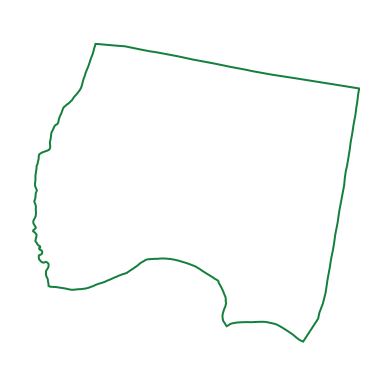 outline of Taling Chan, Bangkok Metropolis, Thailand, rotated 95°
{"feature_id": "78962969B19319663226998", "entity_name": "Taling Chan", "entity_type": "district", "adm_level": 2, "iso_a3": "THA", "parent_name": "Thailand", "parent_adm1": "Bangkok Metropolis", "projection": "natural_earth1", "projection_center": [100.444, 13.771], "detail": "fine", "context": "isolated", "style": "outline", "palette": "green", "viewbox_px": 384, "rotation_deg": 95, "n_neighbors": 0, "source": "geoboundaries", "source_scale": "gbopen_adm2", "svg_char_len": 5878}
<svg xmlns="http://www.w3.org/2000/svg" viewBox="0 0 384 384"><g transform="rotate(95 192 192)"><path d="M84.5,308.7L86.6,309.2L86.9,309.3L88.8,309.9L89.0,309.9L90.5,310.2L91.6,310.4L92.9,310.6L94.9,310.9L96.3,311.2L97.8,311.6L99.7,312.4L101.1,313.2L102.2,313.9L102.4,314.0L103.5,314.7L103.9,315.0L104.3,315.3L104.9,315.7L105.4,316.0L106.4,316.9L106.7,317.1L107.3,317.5L107.8,317.9L108.1,318.0L108.4,318.2L110.7,319.4L111.4,320.0L112.1,320.6L113.2,321.5L113.6,321.8L114.3,322.5L115.0,323.1L115.0,323.3L115.0,323.5L116.5,324.9L118.8,327.2L120.6,327.9L122.6,328.4L125.3,329.1L126.4,329.6L127.8,330.1L130.8,330.9L134.0,331.3L134.8,331.5L135.6,331.8L135.9,332.0L136.3,332.5L136.8,333.3L137.7,334.2L138.2,334.6L139.7,335.2L142.0,335.9L143.2,336.4L144.4,337.0L145.3,337.2L148.1,337.4L149.3,337.4L150.9,337.4L151.9,337.5L154.4,337.9L154.8,337.9L157.3,337.5L158.7,337.2L159.3,337.2L160.5,337.3L161.4,337.5L161.8,337.7L162.1,337.8L162.3,338.1L162.7,338.5L163.4,339.8L165.1,343.5L165.7,344.7L166.1,345.3L167.3,346.9L167.4,347.1L167.7,347.3L168.1,347.4L168.4,347.6L168.7,347.7L169.3,347.8L169.7,347.8L171.0,347.7L172.3,347.7L173.3,347.8L175.3,348.1L177.3,348.3L177.8,348.4L179.5,349.0L181.5,349.0L183.1,349.0L186.2,349.2L187.1,349.2L187.2,349.3L187.6,349.3L189.3,349.4L192.3,349.1L195.1,349.0L197.5,349.2L199.2,348.9L200.2,348.6L202.9,347.2L203.5,346.8L203.8,346.7L204.4,346.8L204.6,346.8L205.1,347.0L207.1,347.6L208.2,347.5L210.9,347.5L211.7,347.5L212.2,347.6L212.8,347.8L213.9,348.0L214.7,348.3L215.1,348.3L215.4,348.2L217.9,347.0L219.4,346.4L221.4,346.1L222.4,346.2L223.7,346.1L224.0,345.9L227.8,345.5L229.9,345.7L230.5,345.9L231.6,346.3L234.1,347.4L234.8,347.5L235.7,347.5L236.8,347.3L237.2,347.1L237.4,347.0L238.3,346.4L240.1,345.0L240.9,344.6L241.1,344.5L241.3,344.5L241.6,344.6L242.1,345.0L243.1,345.9L243.5,346.4L243.9,346.7L244.4,346.9L244.6,346.9L245.0,346.8L245.1,346.6L246.0,345.1L247.5,343.6L247.8,343.3L248.0,343.2L248.4,343.1L249.8,343.1L251.3,343.4L252.9,343.6L253.0,343.6L253.7,343.7L254.3,343.7L254.6,343.7L254.9,343.6L255.7,342.7L256.5,342.1L256.8,342.0L257.7,341.2L258.3,340.7L258.6,340.4L258.8,340.1L258.8,339.4L259.0,339.1L259.5,338.7L260.0,338.5L260.5,338.4L260.7,338.6L260.8,338.6L261.0,339.3L261.3,339.4L262.1,339.1L262.6,338.8L262.7,338.6L262.8,338.5L262.9,338.3L263.2,337.2L263.2,336.9L263.4,336.8L264.2,336.2L264.5,336.0L265.0,335.9L265.4,335.9L265.9,336.0L266.6,336.2L266.9,336.4L267.1,336.6L267.4,336.9L268.3,338.7L268.4,338.8L268.6,339.0L268.8,339.1L269.1,339.1L270.4,338.9L271.6,338.7L272.0,338.6L272.8,338.0L274.1,336.6L274.9,335.6L275.1,335.0L275.3,334.4L275.3,334.1L275.3,333.8L275.3,333.5L275.2,333.3L275.0,333.0L274.6,332.1L274.3,331.6L274.5,330.9L274.8,330.3L275.0,329.9L275.8,328.9L276.4,328.6L277.6,328.5L278.7,328.4L280.3,328.9L281.9,329.7L283.0,330.4L284.5,330.5L285.6,330.4L287.2,330.3L287.7,330.0L288.8,329.7L290.0,328.9L290.8,328.4L292.1,327.9L293.0,327.8L296.8,326.8L298.0,326.8L298.6,325.7L298.6,324.5L298.7,324.4L298.7,323.2L298.5,319.2L298.7,317.0L298.7,316.7L299.2,309.4L299.6,306.9L299.6,306.7L299.7,305.8L299.9,304.1L299.9,303.9L299.8,302.6L299.7,301.1L299.6,300.9L299.4,300.1L299.2,298.8L298.7,296.8L298.7,296.5L298.5,294.4L297.7,290.9L297.6,290.1L297.5,289.9L296.9,288.0L296.4,286.7L295.9,285.7L295.0,283.7L294.4,282.5L294.2,282.1L293.1,280.2L292.8,279.7L292.1,278.1L291.2,276.2L291.0,275.6L290.1,273.2L289.6,272.2L289.0,270.8L288.0,269.3L287.2,267.7L286.7,266.7L286.4,266.1L284.3,262.4L283.7,261.2L282.4,258.7L281.4,257.1L281.2,256.4L279.8,253.7L279.5,252.7L279.4,252.2L279.0,251.7L278.3,249.9L278.2,249.9L275.2,246.2L275.0,245.9L274.5,245.3L272.5,242.8L271.0,241.0L270.5,240.4L267.2,237.1L266.7,236.4L266.1,235.5L264.5,233.2L264.0,232.7L263.5,231.9L263.3,231.4L262.9,229.9L262.7,229.1L262.1,225.1L261.8,223.4L261.8,222.8L261.7,221.7L261.0,217.3L260.7,214.5L260.7,214.1L260.6,210.8L260.7,209.0L260.6,208.8L260.6,207.5L260.8,205.9L260.9,204.2L261.3,201.6L261.5,199.7L262.0,197.5L262.3,196.0L263.3,191.1L263.4,190.7L263.5,190.6L263.6,190.0L265.2,184.2L266.1,181.5L266.3,181.1L266.5,180.8L266.9,180.1L267.1,179.7L267.7,178.3L268.0,177.6L268.7,176.5L269.2,175.6L269.6,175.0L275.3,163.7L276.5,161.7L277.5,159.3L277.9,158.6L278.5,158.0L278.8,157.8L279.5,157.8L282.7,155.7L284.9,154.2L285.4,153.9L286.2,153.5L286.5,153.3L288.0,152.4L290.7,151.1L293.7,149.5L296.7,148.8L296.8,148.9L297.3,149.0L298.4,148.8L299.1,148.4L299.5,148.3L300.0,148.4L303.1,148.8L303.9,149.1L306.1,149.8L309.4,150.5L310.8,150.7L312.0,150.9L314.4,150.6L315.8,150.3L316.0,150.3L316.8,149.9L317.3,149.8L317.9,149.6L318.3,149.2L319.0,148.6L321.1,147.0L321.3,146.9L321.5,146.8L322.7,145.7L320.4,142.6L319.9,141.9L319.4,140.6L319.0,139.3L318.6,137.8L318.2,136.2L317.7,133.2L317.3,130.3L316.8,125.8L316.6,122.2L316.0,117.9L315.5,113.8L315.1,110.1L315.1,109.2L315.0,107.4L315.2,105.3L316.1,98.4L316.6,96.3L317.0,95.2L318.2,92.4L321.6,85.6L324.8,79.9L325.3,79.0L327.8,75.5L328.9,73.8L329.5,72.9L330.0,71.8L330.3,71.2L330.6,70.5L331.3,68.2L307.2,55.3L301.2,54.6L291.7,51.9L280.6,50.1L268.1,49.4L254.6,48.1L252.7,48.0L249.1,47.8L243.7,47.3L237.3,46.5L234.3,46.3L232.5,46.1L228.7,45.9L224.7,45.7L222.3,45.6L221.4,45.5L218.3,45.2L215.9,44.9L209.0,44.2L200.7,43.8L195.9,43.4L180.9,41.9L171.8,41.0L165.2,41.0L157.9,40.6L152.1,39.8L140.6,38.9L136.5,38.6L135.5,38.6L134.5,38.5L128.9,38.3L126.6,38.1L120.2,37.5L110.7,36.9L106.6,36.5L102.6,36.1L101.4,36.0L99.9,35.9L92.4,35.6L89.5,35.3L87.7,35.2L86.3,35.2L84.3,35.1L80.6,35.0L78.9,34.9L75.5,34.6L74.3,34.6L73.1,50.9L69.7,98.7L69.0,109.6L68.2,121.9L66.4,141.8L65.4,150.0L64.0,164.5L62.1,180.8L60.0,202.5L58.1,217.4L55.9,239.7L55.5,246.4L54.8,253.2L52.7,271.5L52.8,279.0L52.8,289.9L52.8,298.6L52.9,301.0L53.6,301.1L58.0,302.1L59.8,302.3L60.0,302.4L62.8,302.9L64.7,303.4L67.6,304.3L73.7,305.7L76.4,306.4L77.1,306.6L79.3,307.4L79.6,307.5L79.8,307.5L80.3,307.7L82.4,308.3L84.5,308.7Z" fill="none" stroke="#15803d" stroke-width="2"/></g></svg>